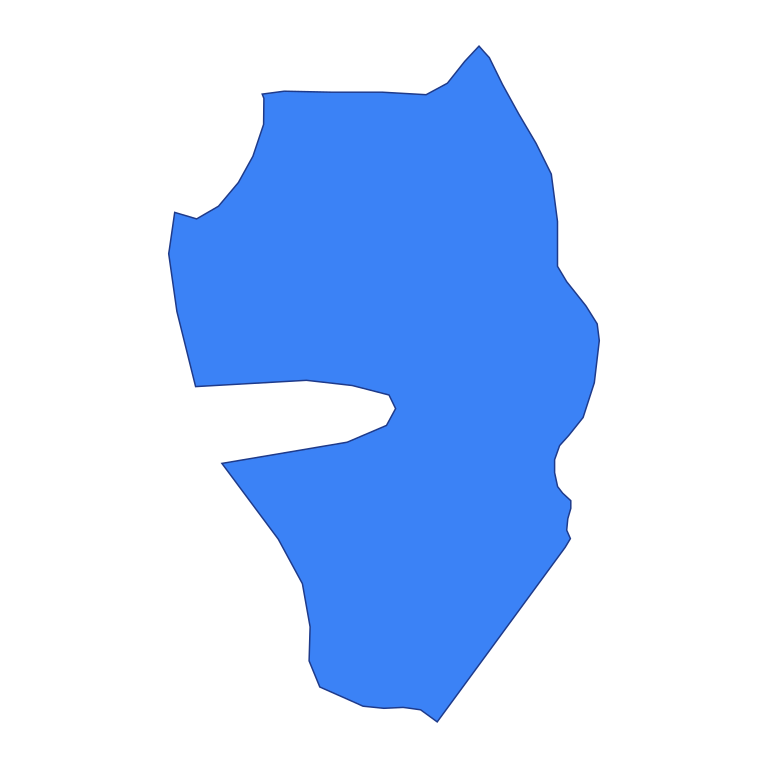 outline of Struga
{"feature_id": "MKD-4845", "entity_name": "Struga", "entity_type": "Statistical Region", "adm_level": 1, "iso_a3": "MKD", "parent_name": "North Macedonia", "parent_adm1": "", "projection": "natural_earth1", "projection_center": [20.642, 41.252], "detail": "fine", "context": "isolated", "style": "filled", "palette": "blue", "viewbox_px": 768, "rotation_deg": 0, "n_neighbors": 0, "source": "natural_earth", "source_scale": "10m", "svg_char_len": 946}
<svg xmlns="http://www.w3.org/2000/svg" viewBox="0 0 768 768"><path d="M196.6,218.9L218.5,206.2L238.4,182.5L252.9,156.3L263.6,124.4L263.9,98.4L262.2,94.1L284.2,91.2L331.3,92.2L382.2,92.2L426.1,94.7L447.4,83.2L464.7,61.4L474.5,50.9L479.0,46.1L484.2,52.0L488.2,56.4L489.3,57.6L502.5,84.5L518.7,113.9L536.1,143.4L551.3,174.1L557.5,221.5L557.5,247.1L557.5,266.3L566.7,281.7L576.9,294.5L586.0,306.0L597.2,323.9L599.3,340.6L594.3,382.8L583.1,417.5L568.8,435.4L559.6,445.6L554.6,459.7L554.6,472.6L557.6,486.6L562.6,493.1L570.8,500.7L570.8,508.4L567.8,518.7L566.7,530.2L570.4,538.6L565.2,547.3L437.2,721.9L420.6,709.8L407.1,707.9L403.1,707.4L383.9,708.3L363.0,706.2L351.0,700.8L319.8,687.0L309.1,660.9L310.1,626.9L302.4,583.7L278.3,539.2L221.9,463.4L347.2,442.2L386.5,425.4L395.6,408.6L389.0,395.0L352.2,385.5L306.4,380.3L195.6,386.6L176.9,311.5L168.7,253.7L169.3,249.9L174.7,212.4L196.6,218.9Z" fill="#3b82f6" stroke="#1e3a8a" stroke-width="1.5"/></svg>